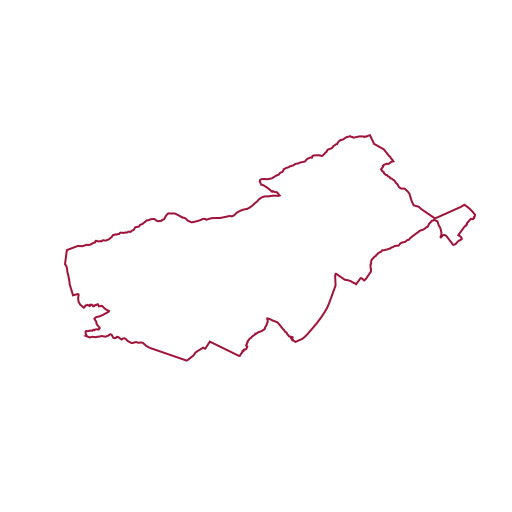 outline of Ciomagesti, Arges, Romania, rotated 36°
{"feature_id": "2599482B53868584928572", "entity_name": "Ciomagesti", "entity_type": "district", "adm_level": 2, "iso_a3": "ROU", "parent_name": "Romania", "parent_adm1": "Arges", "projection": "equal_earth", "projection_center": [24.476, 44.857], "detail": "fine", "context": "isolated", "style": "outline", "palette": "rose", "viewbox_px": 512, "rotation_deg": 36, "n_neighbors": 0, "source": "geoboundaries", "source_scale": "gbopen_adm2", "svg_char_len": 6138}
<svg xmlns="http://www.w3.org/2000/svg" viewBox="0 0 512 512"><g transform="rotate(36 256 256)"><path d="M219.7,393.2L222.5,393.0L224.9,392.5L261.3,381.4L261.9,380.3L263.9,373.1L263.8,369.7L264.3,368.1L267.1,361.2L268.8,361.1L269.4,360.8L269.0,352.4L301.1,346.8L301.7,345.9L301.4,345.2L301.5,341.9L300.9,341.0L301.8,340.3L301.8,340.0L301.3,339.6L301.2,339.0L301.8,338.2L302.6,337.7L302.8,336.9L302.2,334.4L301.0,334.4L300.5,334.1L300.5,332.9L299.9,331.9L300.1,331.1L299.3,329.8L299.5,328.6L299.4,326.5L300.0,325.6L300.4,322.6L301.0,321.4L301.0,320.8L301.4,319.8L301.1,319.1L302.0,318.5L302.4,316.8L304.6,313.6L306.0,309.9L305.4,308.7L305.1,305.8L304.4,303.9L304.4,302.9L303.4,301.3L302.0,300.3L301.8,299.8L304.2,298.9L307.9,298.3L311.9,297.1L312.8,297.1L321.3,299.4L321.8,299.3L324.4,300.3L325.6,300.0L327.5,301.0L328.3,301.0L330.0,301.6L333.4,300.2L333.6,300.5L333.2,300.9L333.1,301.2L332.4,301.3L332.3,301.5L332.9,302.0L333.9,302.0L334.1,302.4L335.0,302.2L335.1,302.4L334.8,302.6L335.0,302.8L336.7,302.3L338.4,302.3L342.1,296.0L342.9,293.1L343.6,288.8L344.7,275.1L344.8,266.5L344.5,261.3L344.0,256.0L342.7,250.5L337.7,233.1L332.0,225.9L331.4,225.0L330.9,223.5L331.1,223.3L341.9,223.0L343.9,221.9L347.1,220.7L350.9,220.4L352.2,219.9L353.6,220.1L353.6,213.3L353.8,212.3L355.0,211.9L357.9,212.2L358.4,209.8L358.1,201.0L357.5,200.3L356.9,199.0L355.9,198.5L353.6,195.5L353.7,195.0L353.4,194.4L352.4,192.8L351.8,191.2L352.3,187.0L352.9,185.6L352.7,184.3L353.2,183.1L353.2,181.8L354.8,178.6L354.6,177.8L354.7,177.2L356.3,176.0L358.8,172.9L359.7,171.4L360.3,171.0L360.4,169.8L361.4,168.5L362.5,166.2L365.1,163.9L365.4,163.2L365.3,161.1L365.8,159.9L368.4,156.7L369.1,154.1L370.2,152.9L370.2,150.8L372.0,144.8L373.4,140.7L373.5,139.6L375.8,136.3L376.6,134.3L376.8,132.9L377.7,131.5L377.6,130.4L377.1,128.4L377.2,127.5L377.5,125.9L377.6,124.1L378.4,123.3L378.7,122.1L382.4,121.3L385.4,123.5L388.8,125.1L392.2,128.0L393.6,130.2L394.0,132.0L394.5,132.4L394.9,132.0L394.9,129.8L395.1,129.1L395.8,128.4L396.8,128.0L397.9,127.9L399.2,128.2L409.0,131.1L410.4,129.3L410.8,125.6L411.3,123.9L412.0,122.9L412.5,121.3L412.0,120.8L410.0,120.0L407.4,120.3L407.4,110.7L407.7,108.0L408.2,107.7L407.9,106.1L407.4,105.6L407.6,103.0L408.0,99.6L409.9,98.7L410.2,97.0L409.4,96.7L409.7,95.4L408.8,93.8L404.3,92.7L399.8,92.1L394.5,92.0L392.7,96.2L380.2,117.9L378.5,120.4L362.4,120.9L358.7,120.5L353.9,122.3L350.0,120.3L343.4,115.4L341.6,114.8L337.0,114.1L336.2,114.4L333.8,116.2L330.9,116.2L328.4,114.8L326.7,114.8L323.6,113.6L321.5,113.8L320.2,113.6L318.8,114.2L317.5,113.6L315.6,114.0L314.6,113.5L313.4,114.0L311.1,113.9L309.7,112.9L308.5,113.2L306.2,112.4L306.4,109.6L306.2,108.7L305.7,108.6L305.9,107.2L307.4,104.6L308.9,103.8L309.3,103.0L309.7,101.5L310.2,100.1L311.5,98.7L309.8,98.0L307.5,97.6L306.4,96.9L305.0,96.9L296.8,94.6L285.6,95.9L277.3,91.3L276.3,92.4L275.2,94.4L274.7,94.5L273.8,96.0L273.4,95.8L271.6,96.8L270.7,97.6L269.8,98.0L265.5,102.8L264.8,103.1L264.0,103.0L262.7,103.8L261.8,103.7L259.2,106.9L258.0,110.4L257.2,111.6L256.0,112.7L255.5,115.9L255.8,117.8L255.0,118.7L254.9,119.5L254.0,121.6L254.1,122.9L253.8,124.4L251.7,127.5L251.5,128.8L251.9,130.2L251.4,131.3L251.4,133.5L251.1,134.1L251.1,134.7L250.8,136.0L250.3,136.5L247.9,137.3L246.8,138.4L245.5,139.1L244.2,140.2L243.0,141.6L242.9,142.2L243.5,143.4L241.9,144.7L240.6,146.9L240.1,148.7L240.1,150.7L236.2,155.2L235.8,156.3L234.3,157.6L233.3,159.1L233.0,160.8L231.9,161.9L231.5,162.8L230.6,163.7L230.3,164.9L228.9,166.7L227.4,169.6L227.9,170.9L227.9,172.1L227.7,172.9L226.8,174.2L226.5,175.6L226.6,176.7L225.1,179.1L224.2,181.2L223.4,183.6L220.5,186.8L215.5,190.3L214.6,192.1L215.1,193.4L218.3,195.2L220.1,194.5L222.6,194.2L227.6,194.2L231.1,194.6L231.3,194.5L231.1,193.9L231.3,193.7L233.8,193.2L235.4,192.1L239.6,193.2L239.0,194.0L234.0,197.4L231.4,200.1L227.8,202.9L226.7,204.4L225.9,205.9L225.0,208.8L224.8,211.7L224.2,213.3L223.6,216.8L222.3,220.9L221.1,223.2L218.5,225.9L217.4,227.4L215.8,230.5L215.0,232.3L214.3,236.2L213.2,238.1L211.8,238.7L210.8,239.5L204.9,246.1L198.5,250.9L196.5,253.1L194.6,255.8L193.1,255.9L191.4,257.0L189.3,260.6L185.4,265.4L183.9,266.7L179.8,267.5L177.0,267.0L175.3,267.4L174.3,268.0L173.2,268.0L172.5,268.4L171.8,268.3L166.1,269.1L164.6,269.8L159.9,273.2L159.5,275.8L160.0,280.4L158.9,281.8L158.9,282.7L158.8,283.1L156.3,285.5L154.7,285.9L152.3,285.8L151.0,286.5L149.2,288.2L147.9,290.3L146.8,291.3L145.2,297.1L143.9,298.9L143.9,301.1L141.5,303.7L141.7,306.7L140.7,308.6L140.4,310.2L138.6,311.2L137.6,313.2L136.6,313.6L135.5,315.0L132.7,316.7L132.4,317.2L132.3,318.8L131.4,319.4L130.6,320.7L129.4,321.2L129.0,322.1L128.0,323.2L128.1,325.7L127.7,326.7L127.3,328.6L125.7,331.4L125.1,332.1L123.0,333.1L122.2,335.2L121.2,335.6L120.0,336.8L117.5,337.8L117.4,338.4L117.8,339.6L116.8,341.0L115.1,344.5L114.3,345.3L112.2,346.7L109.8,350.2L109.0,350.5L107.3,351.9L106.3,352.1L99.5,362.4L106.3,374.9L108.2,375.5L109.9,376.7L113.4,380.4L114.9,381.4L118.8,385.1L120.9,387.2L121.4,388.0L131.1,395.4L134.2,391.5L134.7,391.3L135.3,391.6L136.9,394.7L139.2,397.2L142.1,398.6L147.0,399.1L147.4,398.0L147.1,396.3L148.0,395.4L148.2,394.7L149.1,394.6L149.6,394.2L150.7,394.4L151.0,393.8L150.5,392.9L151.4,392.1L152.8,391.9L153.7,392.4L154.2,392.1L154.7,391.4L154.4,390.8L154.5,390.6L156.3,388.5L155.7,387.6L158.5,389.1L160.2,387.2L160.7,386.9L165.8,387.5L169.4,386.9L169.5,387.7L166.9,393.4L165.0,396.7L162.7,399.2L162.1,401.3L162.1,401.7L162.4,401.9L165.5,403.1L167.1,404.8L171.6,405.9L171.9,406.2L171.7,406.7L172.1,407.6L172.0,407.9L170.1,409.0L169.1,410.1L168.9,411.0L168.1,411.1L167.7,411.4L167.6,412.6L166.3,413.4L165.3,414.2L165.0,414.8L164.4,415.1L163.9,415.9L162.6,416.7L162.7,417.5L163.7,418.9L165.4,419.8L165.5,420.2L165.2,420.7L169.4,419.6L171.1,417.5L174.3,415.8L174.8,414.9L176.8,413.1L178.0,411.6L181.7,409.7L183.3,407.2L184.0,405.2L184.3,404.8L185.6,404.6L188.5,406.0L189.7,405.8L190.9,404.5L190.8,403.6L191.0,403.1L192.3,402.5L195.9,402.7L196.4,402.5L196.6,401.4L197.7,400.0L199.4,399.7L202.2,400.2L206.4,399.6L207.8,398.4L208.7,396.9L209.9,396.0L212.1,395.2L213.6,393.7L214.7,393.1L215.9,392.8L219.7,393.2Z" fill="none" stroke="#9f1239" stroke-width="2"/></g></svg>